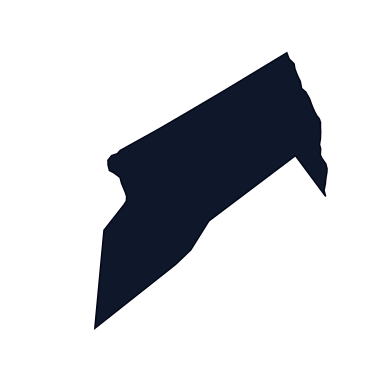 Poço Branco, Rio Grande do Norte, Brazil (Mercator projection), rotated 59°
{"feature_id": "56859067B85705906363289", "entity_name": "Poço Branco", "entity_type": "district", "adm_level": 2, "iso_a3": "BRA", "parent_name": "Brazil", "parent_adm1": "Rio Grande do Norte", "projection": "mercator", "projection_center": [-35.694, -5.586], "detail": "fine", "context": "isolated", "style": "filled", "palette": "ink", "viewbox_px": 384, "rotation_deg": 59, "n_neighbors": 0, "source": "geoboundaries", "source_scale": "gbopen_adm2", "svg_char_len": 787}
<svg xmlns="http://www.w3.org/2000/svg" viewBox="0 0 384 384"><g transform="rotate(59 192 192)"><path d="M258.8,345.5L245.7,243.8L244.7,239.1L241.0,222.9L225.5,192.4L214.1,84.6L264.6,79.7L258.7,78.0L253.7,73.5L249.5,70.4L244.3,66.0L241.5,64.2L236.8,62.8L229.6,63.3L226.1,62.8L221.3,59.5L216.9,58.2L212.4,54.4L207.0,50.9L202.3,48.3L198.5,46.0L194.9,45.2L191.0,45.7L186.3,45.5L181.5,44.9L178.0,44.3L172.7,43.2L164.9,43.0L159.7,44.7L153.0,42.2L149.4,41.9L145.2,41.4L139.6,40.4L134.7,38.5L127.9,40.2L121.5,39.0L121.7,112.3L121.3,159.7L120.9,188.1L119.4,232.1L120.7,236.3L119.4,242.1L121.5,247.7L125.5,250.0L131.0,251.7L135.1,249.2L142.5,246.2L148.3,247.9L158.4,249.4L162.3,250.4L165.9,252.9L167.9,256.9L179.4,287.1L258.8,345.5Z" fill="#0f172a" stroke="#020617" stroke-width="1.5"/></g></svg>